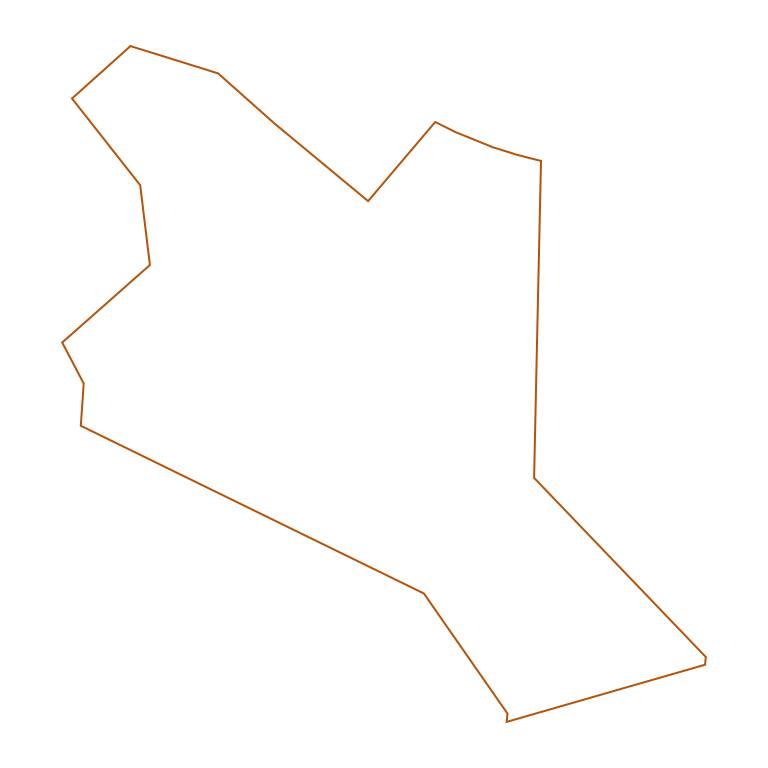 Cacoa/Babonneau, Castries, Saint Lucia (Natural Earth projection)
{"feature_id": "8701671B50625769822151", "entity_name": "Cacoa/Babonneau", "entity_type": "district", "adm_level": 2, "iso_a3": "LCA", "parent_name": "Saint Lucia", "parent_adm1": "Castries", "projection": "natural_earth1", "projection_center": [-60.951, 13.989], "detail": "fine", "context": "isolated", "style": "outline", "palette": "amber", "viewbox_px": 768, "rotation_deg": 0, "n_neighbors": 0, "source": "geoboundaries", "source_scale": "gbopen_adm2", "svg_char_len": 512}
<svg xmlns="http://www.w3.org/2000/svg" viewBox="0 0 768 768"><path d="M72.0,98.5L140.2,185.2L149.9,265.0L62.2,342.5L83.7,383.5L80.8,425.8L306.6,536.2L423.9,593.5L439.8,616.4L507.5,713.6L506.7,721.3L506.6,721.9L622.4,688.5L705.1,664.7L705.4,661.2L705.8,657.0L666.1,615.6L534.1,477.9L536.4,371.0L541.0,160.9L530.6,158.3L516.3,154.6L492.4,147.1L474.2,139.7L455.9,132.3L435.2,122.0L368.1,201.1L274.6,123.6L218.1,73.4L189.3,64.4L130.4,46.1L112.6,62.1L72.0,98.5Z" fill="none" stroke="#b45309" stroke-width="2"/></svg>